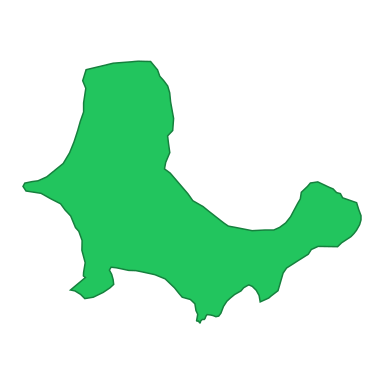 outline of Irepodun, Kwara, Nigeria
{"feature_id": "59680162B70509973828236", "entity_name": "Irepodun", "entity_type": "district", "adm_level": 2, "iso_a3": "NGA", "parent_name": "Nigeria", "parent_adm1": "Kwara", "projection": "orthographic", "projection_center": [4.958, 8.196], "detail": "fine", "context": "isolated", "style": "filled", "palette": "green", "viewbox_px": 384, "rotation_deg": 0, "n_neighbors": 0, "source": "geoboundaries", "source_scale": "gbopen_adm2", "svg_char_len": 2081}
<svg xmlns="http://www.w3.org/2000/svg" viewBox="0 0 384 384"><path d="M70.5,290.0L74.9,290.9L77.5,292.5L80.6,294.4L84.8,298.6L93.3,297.2L103.2,292.4L108.4,288.9L110.0,287.8L113.7,284.4L113.1,279.5L111.7,274.4L109.4,270.1L111.1,267.2L116.5,267.8L128.7,270.4L135.8,270.6L141.8,271.8L149.6,273.5L150.6,273.7L155.0,274.7L165.2,278.9L174.5,287.8L178.8,293.2L182.2,297.2L190.4,299.5L190.6,299.7L192.0,301.0L194.9,303.8L196.0,310.7L196.1,310.8L197.4,313.6L197.7,314.4L196.6,320.7L197.0,321.1L198.5,321.1L199.6,322.8L200.2,322.8L200.8,320.8L202.4,319.4L204.1,319.5L205.0,318.6L205.9,316.2L207.1,314.6L210.6,315.0L213.1,315.6L215.9,316.7L218.7,316.1L220.9,313.2L223.5,306.4L226.9,301.2L230.6,297.8L234.5,294.6L234.8,294.4L235.7,293.9L241.0,290.9L243.6,287.8L247.0,285.8L248.9,284.9L252.3,286.4L256.3,290.4L259.1,295.5L260.2,301.9L266.2,299.2L268.8,298.0L271.1,296.0L278.0,290.7L283.1,273.1L286.6,268.0L298.0,260.7L308.3,254.2L311.3,249.5L318.1,246.4L337.6,246.7L341.6,242.8L345.1,240.5L351.0,236.6L353.9,233.6L356.4,230.4L359.6,224.7L361.0,219.9L361.0,215.7L358.7,209.5L356.6,202.7L342.6,197.8L340.4,193.6L336.6,192.6L333.1,188.9L329.2,187.3L317.8,181.9L310.4,183.0L307.5,186.4L301.3,192.3L300.3,199.0L297.8,203.2L294.0,210.3L290.6,216.7L285.7,222.9L279.6,227.4L273.8,230.0L265.4,230.0L253.5,230.6L252.2,230.7L235.4,227.4L228.3,226.1L224.1,223.2L221.5,221.2L208.6,211.1L203.1,206.6L192.8,200.7L188.0,193.9L187.0,192.7L176.7,180.7L170.2,173.1L164.5,168.9L165.7,162.4L169.8,152.6L168.5,143.5L167.6,135.9L172.7,130.5L173.6,118.5L170.6,101.9L169.7,92.8L167.7,86.0L163.6,80.5L159.8,76.3L157.5,69.8L156.7,68.9L150.6,61.5L145.0,61.4L138.3,61.2L134.2,61.5L131.5,61.8L122.2,62.5L113.2,63.2L98.7,66.7L86.1,69.7L82.7,80.7L85.8,88.3L83.6,102.9L83.6,112.0L80.3,121.4L77.7,130.6L74.1,141.7L69.6,152.8L63.2,163.5L53.1,171.7L46.7,176.9L38.0,180.8L32.0,181.6L24.8,183.1L23.0,186.4L26.0,191.0L41.0,193.3L50.8,198.8L60.6,203.8L65.1,210.0L70.7,216.0L75.5,227.6L78.8,231.3L82.1,240.5L81.9,250.3L85.2,262.7L83.6,272.3L83.4,275.9L85.4,277.5L70.5,290.0Z" fill="#22c55e" stroke="#15803d" stroke-width="1.5"/></svg>